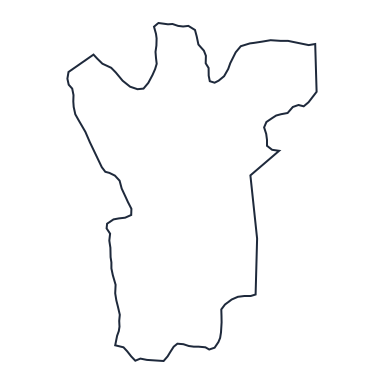 Barra D'Alcântara, Piauí, Brazil
{"feature_id": "56859067B46292255679760", "entity_name": "Barra D'Alcântara", "entity_type": "district", "adm_level": 2, "iso_a3": "BRA", "parent_name": "Brazil", "parent_adm1": "Piauí", "projection": "robinson", "projection_center": [-42.113, -6.538], "detail": "fine", "context": "isolated", "style": "outline", "palette": "slate", "viewbox_px": 384, "rotation_deg": 0, "n_neighbors": 0, "source": "geoboundaries", "source_scale": "gbopen_adm2", "svg_char_len": 1761}
<svg xmlns="http://www.w3.org/2000/svg" viewBox="0 0 384 384"><path d="M205.7,63.3L205.9,55.8L203.9,50.7L198.4,44.5L196.7,36.4L195.0,30.0L188.4,25.9L183.1,26.5L178.1,25.9L172.5,24.0L168.0,24.3L158.4,23.0L154.0,26.7L156.0,33.9L156.6,38.4L156.4,45.6L155.5,51.9L156.0,58.0L156.7,63.8L155.1,69.1L152.5,75.0L148.3,82.9L143.5,88.6L137.5,89.2L130.1,86.7L122.6,80.7L115.8,72.5L111.2,67.8L102.4,63.7L97.4,58.8L93.5,54.6L68.5,72.0L67.4,78.7L68.7,84.7L72.2,88.6L73.5,95.1L73.3,101.5L73.7,107.0L75.3,114.3L78.5,120.0L85.4,131.9L89.8,142.1L101.8,167.2L105.3,171.8L109.4,172.9L114.9,175.6L119.6,180.7L121.7,188.6L125.9,197.6L127.9,202.0L131.4,208.8L131.2,215.0L125.1,217.7L118.9,218.4L113.5,219.4L107.1,223.7L106.6,228.4L110.1,233.7L109.3,240.6L110.4,247.8L110.6,257.2L111.4,262.4L111.4,268.4L112.8,275.1L115.6,284.8L115.2,293.3L116.3,300.2L118.0,307.0L119.8,314.8L119.2,320.9L119.5,326.7L118.8,331.1L117.1,335.8L115.2,345.3L123.5,347.3L127.2,351.3L131.2,356.4L135.3,360.7L140.4,358.6L146.9,359.9L163.6,361.0L167.6,356.4L170.6,351.5L173.7,346.7L177.4,343.7L183.4,344.2L188.8,346.0L194.0,346.7L198.9,346.7L205.4,347.3L209.2,349.5L214.6,347.7L218.4,342.1L220.1,338.0L221.0,332.4L221.6,322.4L221.5,316.1L221.3,309.4L225.0,304.5L231.7,299.5L237.9,296.8L244.4,296.0L250.7,296.0L255.6,294.5L257.1,238.6L250.4,175.4L279.1,150.8L272.1,149.8L267.0,145.8L267.0,139.9L266.2,133.9L264.1,127.4L266.4,122.0L272.3,118.0L276.2,115.5L281.1,114.2L287.6,113.0L292.8,107.0L298.4,105.0L303.7,106.3L308.5,102.3L316.6,91.8L315.2,44.0L308.7,45.1L294.0,42.1L288.2,40.9L281.1,40.9L270.6,40.2L262.3,41.6L253.9,42.9L249.9,43.4L240.8,46.2L235.7,52.3L230.3,63.1L228.2,69.0L224.1,76.2L218.6,80.7L214.6,82.7L209.8,81.2L208.7,75.7L208.6,68.0L205.7,63.3Z" fill="none" stroke="#1e293b" stroke-width="2"/></svg>